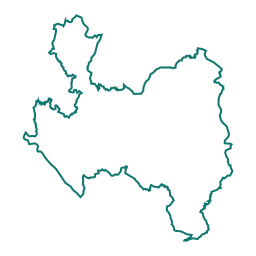 outline of Wang Nam Khiao, Nakhon Ratchasima, Thailand
{"feature_id": "78962969B7842006163468", "entity_name": "Wang Nam Khiao", "entity_type": "district", "adm_level": 2, "iso_a3": "THA", "parent_name": "Thailand", "parent_adm1": "Nakhon Ratchasima", "projection": "natural_earth1", "projection_center": [101.843, 14.436], "detail": "fine", "context": "isolated", "style": "outline", "palette": "teal", "viewbox_px": 256, "rotation_deg": 0, "n_neighbors": 0, "source": "geoboundaries", "source_scale": "gbopen_adm2", "svg_char_len": 5667}
<svg xmlns="http://www.w3.org/2000/svg" viewBox="0 0 256 256"><path d="M221.7,68.9L213.5,62.2L207.0,59.0L205.1,55.9L204.6,54.1L205.9,50.7L202.1,49.0L197.8,48.3L197.6,50.4L197.1,50.5L197.7,51.3L197.2,52.4L197.5,53.3L197.1,54.2L194.8,54.4L194.3,56.4L195.3,56.6L195.1,57.7L190.6,57.8L189.9,57.6L190.6,56.4L189.4,55.5L188.8,56.0L186.2,55.9L185.8,57.4L183.7,57.3L182.3,58.6L181.6,60.5L179.5,60.4L176.7,63.1L175.4,66.2L175.6,67.6L172.6,68.2L170.2,67.4L160.5,67.5L156.3,69.5L153.0,72.9L150.6,74.1L148.9,79.0L146.1,81.6L144.7,83.8L143.4,88.0L143.3,90.8L141.2,93.7L133.8,93.9L131.9,91.0L128.9,88.5L126.2,87.1L123.8,84.8L123.9,88.4L121.9,89.7L117.3,90.3L116.7,89.9L117.4,89.2L117.3,88.6L115.8,88.9L115.1,88.6L115.2,87.9L114.8,88.2L113.6,87.5L111.4,88.6L111.1,88.2L110.2,90.0L108.7,90.6L107.8,90.1L107.5,89.3L106.5,89.2L105.6,89.8L105.2,88.7L104.0,88.1L103.7,86.5L102.2,86.4L100.2,84.5L99.5,85.4L98.7,84.5L98.5,85.5L99.5,88.1L98.3,90.0L96.8,86.0L95.8,85.5L94.8,84.0L93.9,83.5L92.5,84.0L91.1,83.5L91.3,81.9L89.9,78.7L91.5,73.0L88.4,70.9L87.7,70.1L87.4,68.4L87.8,68.2L87.6,66.4L88.3,65.9L88.9,62.9L91.3,60.5L91.4,57.8L94.2,54.5L95.2,52.6L97.4,43.7L100.2,39.3L101.6,34.7L98.3,35.0L96.6,37.2L95.7,35.7L94.7,35.4L92.7,37.8L91.4,37.3L89.0,37.6L86.3,36.4L85.6,35.6L85.4,34.2L87.8,29.9L87.6,27.6L83.9,24.3L82.4,21.2L81.5,17.6L76.3,15.4L75.1,17.1L72.4,19.2L71.9,21.4L70.5,22.2L68.6,21.8L67.7,20.7L66.0,21.0L65.6,20.0L64.7,23.7L63.4,26.2L62.7,25.2L59.0,24.3L58.3,23.6L56.1,24.3L55.2,25.4L54.3,25.2L54.4,26.7L53.7,28.9L55.9,29.3L56.1,31.2L54.1,40.1L53.0,41.2L52.3,43.5L53.9,48.8L52.3,48.9L51.1,50.8L49.1,52.5L50.9,54.1L53.4,53.0L56.3,54.0L55.9,55.9L56.8,58.6L57.6,59.0L58.0,60.6L59.7,61.1L59.6,61.9L60.4,62.1L60.9,63.3L61.5,63.3L61.3,64.9L61.8,65.5L61.6,65.9L63.6,67.6L63.3,68.6L64.4,70.7L65.6,71.1L66.0,72.5L65.7,73.5L67.3,74.6L67.7,76.2L68.7,76.3L69.9,75.5L71.7,75.9L72.9,74.7L74.2,75.9L75.5,76.2L75.3,77.6L72.3,78.5L71.8,81.4L72.0,82.3L71.4,82.8L71.7,87.8L68.9,90.9L69.8,91.9L72.8,92.5L73.8,92.1L74.0,90.1L76.3,90.1L77.1,92.8L79.3,91.1L81.6,93.0L79.3,94.4L78.7,97.1L76.5,100.1L76.8,101.3L76.2,102.0L75.6,104.1L74.6,105.1L75.1,106.4L76.4,107.5L76.9,107.3L77.3,108.4L75.7,110.8L76.1,111.8L74.8,112.0L74.6,113.1L72.0,113.6L71.8,114.4L71.5,114.1L69.8,115.7L68.9,117.6L66.5,116.1L65.7,116.7L64.6,116.7L63.8,114.1L58.2,111.9L59.5,109.2L56.7,105.5L55.9,105.3L55.3,105.8L55.5,108.9L53.2,109.5L52.0,108.8L51.7,108.0L50.6,107.9L50.1,106.3L50.5,104.7L50.0,103.0L50.8,102.1L51.4,100.0L50.9,100.0L50.6,98.9L49.9,98.8L49.9,100.0L49.3,100.0L48.6,99.1L48.2,100.1L48.4,101.0L47.6,101.9L46.3,101.9L45.6,102.8L45.4,101.7L44.7,102.0L44.7,104.4L44.3,104.2L44.4,103.4L43.7,104.0L43.0,103.1L42.5,103.9L41.9,103.3L41.2,104.2L40.9,103.4L40.1,103.4L40.8,102.7L40.6,102.1L39.9,102.6L39.3,101.4L38.3,101.1L38.2,100.3L37.7,101.5L36.8,100.8L36.2,101.4L36.5,102.5L35.4,106.1L33.5,107.7L35.1,114.0L34.9,117.9L34.0,119.4L34.7,119.5L34.5,121.8L35.8,123.5L35.5,124.8L36.0,125.0L35.9,127.3L36.8,129.3L36.1,131.1L36.9,132.8L36.7,134.4L35.1,136.4L32.4,135.9L29.8,136.4L28.4,135.7L25.7,132.5L23.8,136.6L23.7,138.1L25.2,139.5L27.7,140.2L29.3,144.2L34.4,143.4L35.9,143.8L37.7,145.4L38.1,146.7L37.3,148.7L37.5,151.3L38.3,151.7L40.1,151.3L42.1,152.7L45.5,158.1L51.7,165.2L53.3,166.2L56.4,169.4L65.4,182.9L70.6,186.5L73.7,190.7L76.3,192.5L80.5,197.1L83.4,193.9L83.5,190.7L84.6,188.3L82.9,184.1L83.2,181.3L82.9,177.0L83.7,175.2L86.2,177.3L88.2,178.1L89.9,178.1L91.1,177.3L94.3,177.3L95.2,176.4L95.1,174.2L98.7,173.2L98.1,170.7L100.8,170.7L102.2,169.3L104.2,170.7L105.4,169.9L109.5,173.2L111.3,175.6L113.1,175.8L115.3,174.4L117.5,174.8L118.4,174.4L120.7,171.3L121.3,168.1L122.1,167.6L124.2,167.7L126.0,166.3L127.0,166.7L125.5,170.3L125.3,173.2L134.9,178.9L135.4,180.1L138.6,183.2L140.3,186.5L141.4,186.7L143.4,189.4L145.3,188.9L146.2,189.6L147.9,189.3L149.0,190.8L150.1,190.2L150.2,187.2L151.1,185.0L154.6,186.9L157.2,186.9L158.5,187.6L161.6,184.2L162.3,184.7L162.4,185.5L164.3,185.3L164.5,186.9L165.9,186.4L166.3,187.1L167.1,186.9L167.8,187.4L167.7,189.0L168.1,189.7L169.2,189.8L169.9,192.4L170.1,195.6L171.9,196.9L173.7,200.3L170.2,205.0L169.0,205.9L167.4,206.1L166.8,208.2L166.9,210.7L168.5,212.2L170.4,215.9L170.7,218.8L171.6,220.3L172.1,222.3L171.6,224.4L173.2,225.8L174.4,230.2L175.8,230.9L180.7,231.3L187.1,234.3L191.6,235.0L190.5,237.1L186.7,239.5L184.7,240.1L184.4,240.6L187.1,240.6L189.3,239.2L193.0,238.3L197.6,239.0L199.6,236.9L200.5,236.6L202.0,234.5L204.3,233.9L205.9,232.6L206.9,232.6L206.8,231.5L208.9,229.2L208.0,227.4L208.3,226.2L207.9,224.9L207.2,224.4L205.9,220.3L205.1,219.8L203.5,216.8L202.5,212.8L200.4,212.2L200.5,211.4L201.5,210.0L203.0,209.5L203.7,208.5L204.8,208.5L204.8,207.7L204.0,206.2L205.2,206.1L205.1,205.0L206.1,204.7L204.9,204.1L204.8,203.5L207.7,204.2L209.7,202.4L209.6,201.6L208.2,201.1L210.4,200.2L209.8,199.3L210.4,197.6L210.0,196.9L210.6,196.4L210.2,195.7L210.7,195.1L210.7,194.2L211.3,194.1L211.6,191.8L216.9,189.9L219.1,187.9L220.7,188.2L220.8,187.7L219.9,186.8L220.7,184.6L220.1,182.3L222.3,179.2L222.6,178.0L223.4,177.7L224.4,178.4L227.7,175.6L230.0,175.6L231.9,172.3L232.3,170.5L230.9,168.4L230.5,165.3L229.4,165.4L228.8,164.7L227.8,161.2L228.2,160.2L228.0,159.1L226.0,155.7L225.2,152.4L226.1,150.3L230.7,148.2L230.5,146.0L231.6,144.4L230.3,143.7L224.7,143.3L224.9,140.6L228.5,136.4L229.0,134.1L226.7,126.4L221.7,121.6L220.7,119.3L219.8,115.2L221.0,112.3L221.2,109.8L218.5,104.9L218.7,98.7L220.2,94.0L221.2,93.6L222.4,89.9L223.5,89.1L222.9,87.6L223.4,86.5L220.0,84.6L219.3,83.2L218.3,82.6L216.8,82.8L215.1,81.8L214.6,82.1L214.3,81.2L214.4,80.6L217.0,78.7L220.6,76.8L220.6,75.7L219.5,74.0L220.1,73.1L219.3,72.2L221.6,70.4L221.7,68.9Z" fill="none" stroke="#0f766e" stroke-width="2"/></svg>